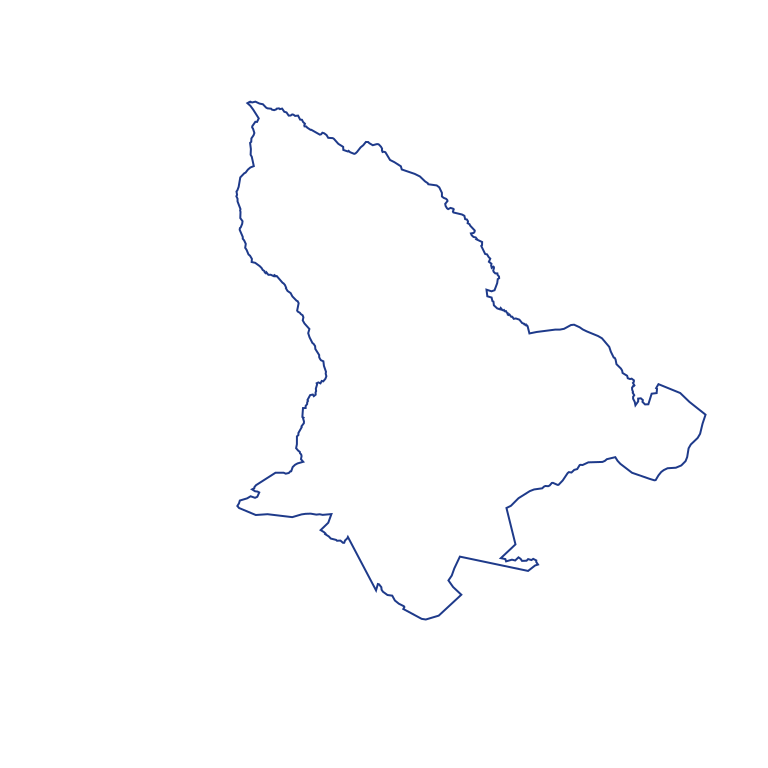 San Gabriel Chilac, Puebla, Mexico, rotated 129°
{"feature_id": "50627088B95870505229303", "entity_name": "San Gabriel Chilac", "entity_type": "district", "adm_level": 2, "iso_a3": "MEX", "parent_name": "Mexico", "parent_adm1": "Puebla", "projection": "natural_earth1", "projection_center": [-97.386, 18.312], "detail": "fine", "context": "isolated", "style": "outline", "palette": "blue", "viewbox_px": 768, "rotation_deg": 129, "n_neighbors": 0, "source": "geoboundaries", "source_scale": "gbopen_adm2", "svg_char_len": 6166}
<svg xmlns="http://www.w3.org/2000/svg" viewBox="0 0 768 768"><g transform="rotate(129 384 384)"><path d="M529.6,195.7L499.1,191.3L498.3,202.5L496.1,210.3L490.2,210.8L483.1,213.3L470.4,216.4L438.6,154.4L430.0,152.4L427.4,150.7L426.5,153.7L425.3,154.6L426.0,158.0L428.0,158.6L429.4,161.8L431.6,162.0L434.6,165.4L433.9,167.9L434.1,170.4L438.6,171.0L440.0,174.0L445.0,177.5L443.7,179.5L445.8,183.6L425.9,180.9L403.3,210.8L398.8,208.7L388.1,207.6L375.5,203.3L371.5,201.0L365.5,195.4L363.1,195.1L361.7,194.4L360.1,192.1L358.7,191.4L355.3,191.3L354.5,190.5L353.2,185.7L352.5,184.9L346.5,184.4L337.7,185.2L336.2,184.9L334.8,182.6L331.0,182.1L328.5,180.3L323.9,180.9L323.2,180.5L322.0,178.7L316.3,175.9L307.1,165.2L304.8,164.0L302.2,163.5L295.3,158.2L296.7,154.2L297.3,150.1L296.9,135.4L290.6,118.0L288.7,113.3L287.7,112.4L282.3,113.2L277.9,113.2L274.8,112.4L271.0,110.6L265.4,104.5L260.2,101.7L254.2,101.1L250.0,102.4L242.3,106.8L237.9,107.5L228.5,106.3L223.8,107.0L214.3,111.5L205.5,114.8L205.7,135.4L204.6,148.1L211.4,170.6L216.0,169.9L215.9,168.8L219.5,166.4L223.1,169.9L233.4,165.8L235.6,168.3L235.2,171.9L233.6,172.7L233.5,175.4L235.4,177.3L237.6,175.5L242.3,175.2L240.1,177.9L238.7,181.1L237.1,182.4L235.2,182.5L234.3,185.2L233.5,185.4L232.3,187.5L230.8,188.9L228.8,189.1L228.6,188.6L227.5,188.5L226.5,191.2L225.1,191.2L223.9,192.1L224.0,194.9L225.3,195.9L226.1,198.2L224.6,200.2L225.3,205.5L223.7,207.4L222.9,209.6L222.3,215.8L219.2,219.5L218.5,221.2L218.9,222.1L216.1,228.1L213.4,232.3L211.3,243.4L212.0,247.8L215.5,259.5L216.5,263.8L216.8,267.7L218.3,273.6L220.5,275.8L227.8,278.8L231.1,281.6L233.9,285.1L247.5,298.1L253.2,302.8L248.7,308.8L248.5,309.8L249.0,310.2L248.5,311.2L249.1,311.4L249.4,312.5L249.0,313.0L249.7,315.0L248.8,319.3L250.1,322.8L251.7,324.2L251.0,326.6L251.7,327.4L251.0,330.3L252.1,330.7L252.2,331.5L251.1,332.3L251.3,333.4L250.6,335.1L251.4,335.8L251.0,337.3L251.7,337.5L252.3,339.6L251.7,339.9L251.5,341.2L253.0,340.9L254.0,343.6L253.7,348.1L251.1,350.8L251.3,352.0L249.1,354.8L250.8,358.9L246.2,363.7L244.3,358.8L241.6,357.1L234.4,359.5L230.9,361.6L229.3,361.1L228.1,362.3L227.7,364.4L226.7,365.5L228.0,367.1L227.8,369.3L227.1,370.5L224.5,371.6L223.9,372.5L224.0,373.0L225.9,373.4L224.5,375.3L222.9,376.2L223.0,379.4L219.7,380.3L219.5,382.5L218.4,385.5L219.3,387.2L215.5,395.3L214.4,395.2L211.9,397.1L213.4,403.2L212.8,403.1L212.4,405.0L213.4,407.0L213.2,409.5L212.3,411.2L210.2,409.4L208.7,409.4L207.6,410.1L206.7,416.6L206.0,418.2L206.4,420.2L204.7,421.1L204.0,423.1L204.8,424.7L202.7,427.4L203.2,430.1L207.0,438.0L206.7,438.9L204.3,439.8L204.3,440.7L205.3,443.1L207.7,444.2L207.8,445.6L206.9,448.1L205.5,449.8L201.8,449.8L201.2,450.7L201.0,452.2L201.8,454.8L201.8,457.0L199.0,459.3L196.4,464.8L196.5,468.0L200.9,475.3L200.4,476.3L200.7,479.6L200.1,486.7L201.4,492.4L206.1,505.2L204.2,507.9L205.1,515.7L206.1,520.3L203.0,528.8L203.7,530.5L204.6,531.1L203.8,532.6L202.3,533.6L201.5,535.7L201.1,538.6L201.4,539.7L202.3,540.7L205.5,543.0L206.1,547.0L205.9,548.5L207.3,550.4L211.5,550.4L214.8,551.1L220.7,551.0L222.8,551.3L223.9,552.0L225.2,556.2L225.1,558.2L226.0,558.3L227.7,562.9L225.4,565.0L226.1,570.6L225.0,577.3L225.2,578.6L227.8,582.3L226.7,585.3L226.8,588.3L227.5,590.0L229.5,590.0L230.6,590.8L232.2,600.5L232.7,601.0L233.1,605.1L232.8,606.4L233.8,607.9L233.1,608.8L231.5,609.2L231.3,611.8L230.3,614.0L231.3,615.6L229.5,619.7L231.6,621.8L231.7,623.9L232.3,625.0L234.1,625.5L235.4,627.0L234.3,630.7L235.2,632.8L234.1,636.5L235.9,637.9L235.9,639.1L237.6,640.7L238.4,640.6L240.3,641.7L241.3,643.7L241.1,645.0L243.1,648.0L243.4,649.5L242.8,654.2L244.4,657.2L245.5,661.6L248.2,663.7L248.7,665.4L249.3,665.4L249.4,666.0L251.7,666.9L251.9,662.9L253.1,658.3L256.4,648.5L260.2,647.6L261.2,649.0L266.6,648.6L267.6,647.9L268.0,646.5L270.5,642.7L272.8,641.9L276.6,641.6L279.3,639.6L280.9,639.8L285.2,635.3L289.8,631.9L290.6,629.8L296.6,622.3L299.8,624.1L303.0,624.7L306.9,624.6L308.1,625.2L313.9,625.7L322.3,621.0L325.9,619.8L327.2,619.8L329.5,617.2L331.0,616.9L332.2,614.4L334.3,612.7L338.4,605.6L339.6,605.1L340.6,603.8L345.5,600.1L346.5,596.4L348.8,595.0L352.5,593.9L353.5,594.1L355.0,593.2L358.6,586.3L360.0,585.2L360.4,583.1L362.1,579.6L365.5,577.6L366.2,575.3L368.6,570.8L368.6,568.9L369.9,565.4L372.5,563.6L370.9,560.4L370.6,554.8L370.9,552.1L371.7,550.1L371.5,548.1L372.3,546.9L372.3,545.6L371.2,545.7L371.9,542.6L370.4,540.8L369.5,537.3L369.1,536.8L368.9,537.8L368.3,537.7L368.3,536.1L367.6,535.3L369.2,526.4L369.0,525.5L369.4,523.3L370.8,520.6L371.3,520.5L372.4,517.5L372.1,513.8L373.6,510.3L374.3,504.4L374.0,503.2L374.9,501.2L381.6,497.7L382.0,496.6L381.6,494.2L382.0,492.7L381.8,490.5L382.9,488.6L385.7,487.2L387.0,483.9L388.2,476.6L392.2,474.9L394.6,471.2L397.2,465.4L397.1,464.0L397.9,461.4L400.0,459.4L402.3,452.6L403.9,451.3L404.7,449.7L405.2,447.9L404.5,445.4L407.7,442.1L411.0,436.8L412.7,435.8L414.2,433.7L416.9,432.8L420.2,432.9L420.8,434.3L423.5,433.8L424.1,436.0L425.8,436.8L426.5,435.7L430.6,434.0L432.2,432.3L433.6,431.9L435.3,430.4L437.6,430.9L437.0,432.7L439.1,434.4L444.6,433.4L445.0,432.4L446.5,432.2L448.0,431.1L450.3,431.1L452.0,429.8L453.7,431.8L461.0,426.7L460.8,425.3L461.7,425.2L463.4,422.7L464.9,421.6L468.8,421.5L469.3,420.8L475.9,419.7L477.6,418.4L479.5,418.7L485.6,413.8L489.2,411.9L489.8,408.8L489.7,406.8L490.6,405.8L490.9,404.0L491.9,402.7L494.7,401.2L495.3,397.8L500.1,401.2L502.8,402.3L506.0,402.7L510.2,401.2L510.8,401.8L513.1,402.0L515.5,403.9L516.1,406.1L521.3,412.5L543.2,419.8L545.7,419.8L546.7,419.2L548.9,420.2L548.5,416.7L547.2,414.6L546.8,412.7L551.4,411.5L553.6,412.6L555.2,417.0L559.0,418.4L565.3,422.7L568.0,421.6L571.1,421.2L571.6,418.6L566.5,401.2L558.5,392.6L545.2,371.5L537.2,366.0L534.2,363.2L530.9,359.4L528.1,354.4L525.7,352.0L524.3,349.3L518.2,343.0L526.9,340.0L537.4,341.3L536.9,337.5L537.0,335.4L537.7,335.3L537.2,330.9L537.6,328.1L535.3,323.1L535.4,321.9L533.1,319.3L533.2,315.9L532.4,315.0L530.1,315.8L527.1,315.4L525.6,315.8L549.4,260.3L543.3,262.9L542.8,261.8L543.6,258.2L545.4,256.4L546.1,254.1L545.8,248.5L543.3,244.4L545.4,239.3L545.4,234.2L544.2,228.7L544.5,227.8L546.7,227.4L542.8,206.9L540.7,203.3L529.6,195.7Z" fill="none" stroke="#1e3a8a" stroke-width="2"/></g></svg>